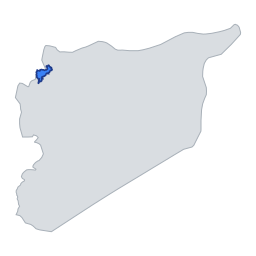 Harim, Idlib, Syria (highlighted)
{"feature_id": "27442178B79082810780972", "entity_name": "Harim", "entity_type": "district", "adm_level": 2, "iso_a3": "SYR", "parent_name": "Syria", "parent_adm1": "Idlib", "projection": "mercator", "projection_center": [36.609, 36.125], "detail": "fine", "context": "in_parent", "style": "filled", "palette": "blue", "viewbox_px": 256, "rotation_deg": 0, "n_neighbors": 0, "source": "geoboundaries", "source_scale": "gbopen_adm2", "svg_char_len": 4562}
<svg xmlns="http://www.w3.org/2000/svg" viewBox="0 0 256 256"><path d="M19.7,83.1L22.3,83.4L27.8,86.7L28.7,86.6L30.3,82.2L31.9,80.7L35.3,79.4L36.2,72.3L37.8,71.0L39.7,70.2L42.6,70.1L45.2,69.7L45.3,68.4L41.8,60.2L42.1,58.1L43.8,49.8L44.9,46.6L45.9,45.5L49.9,45.9L55.6,47.4L57.1,49.8L59.8,51.9L64.0,51.8L68.7,52.2L72.5,52.3L75.5,50.8L82.2,48.0L85.5,47.1L88.5,45.9L98.3,41.3L102.2,41.6L104.8,42.2L106.9,43.0L111.5,46.1L115.3,49.2L117.9,50.2L122.7,50.1L129.6,50.7L138.1,50.7L143.0,49.8L149.3,48.2L160.6,44.5L175.4,36.7L184.2,32.9L187.9,32.4L192.8,32.4L197.7,33.4L203.3,34.1L205.8,34.0L211.8,33.3L219.6,31.7L224.5,30.4L230.4,28.3L234.1,24.7L235.3,24.3L236.8,25.0L237.5,25.2L239.1,27.2L240.6,32.4L240.6,33.0L240.3,34.5L236.5,38.7L231.2,44.5L227.5,48.1L221.2,54.3L216.4,55.6L208.5,57.8L206.3,59.9L204.3,63.4L203.2,68.1L202.8,71.0L202.6,76.5L204.5,82.2L206.3,87.6L206.5,91.2L206.3,94.7L204.6,98.5L202.7,103.7L201.6,109.5L201.0,120.4L201.0,129.6L200.9,131.2L197.6,137.7L193.8,145.3L192.0,147.0L183.6,149.3L174.4,154.8L164.2,161.0L154.9,166.6L145.2,172.5L135.1,178.6L127.8,183.0L118.2,188.8L109.3,194.3L100.4,199.9L93.6,204.2L83.3,210.9L77.3,214.8L68.4,220.6L60.6,225.7L51.4,231.7L39.8,229.9L36.1,228.8L33.1,226.0L30.9,224.5L25.4,222.9L21.9,217.5L19.8,215.6L16.1,214.7L17.7,211.3L18.0,209.0L19.6,206.2L18.6,204.4L18.1,200.5L17.4,199.6L17.2,198.5L17.7,197.3L17.5,196.0L16.9,195.5L16.6,193.5L16.1,192.1L16.3,190.3L17.1,189.2L18.0,187.0L18.9,186.3L20.5,185.0L20.9,183.5L22.3,182.1L24.2,181.0L24.6,180.0L24.3,179.5L22.4,178.5L21.4,176.7L22.3,174.0L22.9,173.2L24.1,171.9L26.6,169.9L28.5,169.6L30.2,169.6L33.1,169.8L35.3,170.1L35.9,169.6L35.8,169.0L33.0,167.3L32.9,166.1L33.6,164.7L35.5,162.5L37.9,160.9L39.0,160.6L41.7,157.5L43.4,153.9L40.6,145.1L39.0,143.7L36.3,142.5L34.7,142.3L34.6,141.8L36.7,139.6L38.2,137.6L36.5,135.8L33.5,134.9L32.4,136.8L28.6,137.0L22.6,137.0L20.0,127.7L19.6,123.7L19.6,119.0L21.5,112.2L20.6,109.0L20.5,106.9L20.1,103.9L15.4,97.6L17.9,85.9L19.7,83.1Z" fill="#d9dde1" stroke="#a8b0b8" stroke-width="1"/><path d="M49.4,66.3L49.3,66.2L49.2,65.8L49.2,65.7L49.0,65.4L48.9,65.3L48.7,65.2L48.4,65.2L48.2,65.3L48.2,65.6L48.3,65.7L48.2,65.8L47.8,65.9L47.6,66.0L47.2,66.0L46.9,65.9L46.6,65.9L46.4,66.0L46.3,66.4L46.3,66.5L46.3,66.8L46.7,66.9L47.1,67.0L47.3,67.2L47.3,67.3L47.1,67.8L47.1,68.0L47.2,68.3L47.3,68.5L47.5,68.8L47.5,69.0L47.3,69.2L46.8,69.5L46.5,69.9L46.1,69.9L45.8,69.9L45.4,69.9L44.8,70.4L44.7,70.4L44.2,70.4L43.6,69.9L43.4,69.8L43.2,69.7L42.4,69.9L41.9,69.5L41.6,69.5L41.3,69.5L41.1,69.6L40.8,69.9L40.7,69.8L40.5,69.7L40.3,69.7L40.2,69.7L40.2,69.9L40.2,70.1L40.1,70.3L40.0,70.6L39.9,70.8L39.8,71.0L39.7,71.0L39.4,71.0L39.3,70.9L39.2,70.9L38.3,70.6L38.0,70.5L37.7,70.3L37.5,70.1L37.2,70.0L37.0,70.6L37.1,71.0L37.1,71.4L37.1,71.5L36.9,71.6L36.7,71.6L36.6,71.8L36.4,71.9L36.4,72.1L36.3,72.4L36.7,73.2L36.8,73.5L36.4,74.6L36.5,74.7L36.6,75.0L36.6,75.3L36.6,75.5L36.9,75.7L37.0,76.0L36.7,76.6L36.8,77.2L36.9,77.4L36.9,77.5L37.1,77.5L37.4,77.6L37.5,77.8L37.6,78.1L37.8,78.3L38.0,78.4L38.1,78.6L38.1,78.8L38.2,79.0L38.3,79.1L38.6,79.1L38.9,79.1L39.1,79.1L39.3,79.0L39.2,79.4L39.2,79.5L39.2,79.8L38.9,80.1L38.8,80.3L38.6,80.7L38.6,80.8L38.8,81.2L38.8,81.4L38.6,81.6L38.5,81.8L38.4,82.1L38.4,82.4L38.3,82.7L38.3,83.2L38.5,83.3L38.8,83.0L39.0,82.6L39.2,82.1L39.2,81.8L39.3,81.5L39.3,81.3L39.3,81.2L39.6,81.0L39.9,81.4L39.9,81.5L40.1,81.6L40.7,81.6L41.0,81.5L41.1,81.3L41.2,81.1L41.2,80.9L41.5,80.7L41.7,80.8L41.8,80.7L41.7,80.5L41.7,80.2L41.7,79.9L41.7,79.5L41.7,79.0L41.7,78.7L41.8,78.5L42.0,78.5L42.1,78.8L42.3,78.9L42.9,78.9L42.9,78.7L42.6,78.5L42.3,78.5L42.3,78.4L42.3,78.0L42.1,77.7L41.9,77.6L41.9,77.4L41.8,77.2L42.0,76.9L42.9,76.5L43.0,76.5L43.4,76.7L43.5,76.5L43.7,76.3L43.9,76.3L44.2,76.3L44.3,76.2L44.3,75.8L44.4,75.7L44.6,75.6L45.2,75.7L45.3,75.6L45.5,75.3L45.7,75.2L45.8,75.1L45.9,74.9L45.9,74.5L46.0,74.2L46.2,73.8L46.2,73.7L46.3,73.6L46.4,73.4L46.6,73.3L46.7,73.2L46.9,73.2L47.1,73.5L47.3,73.6L47.5,73.7L47.8,73.7L48.0,73.7L47.9,73.6L47.7,73.4L47.6,73.2L47.8,73.0L48.1,73.0L48.4,72.9L48.7,72.8L48.7,72.7L48.8,72.7L49.0,72.7L49.4,72.6L49.5,72.3L49.6,72.1L49.8,71.7L49.7,71.6L49.6,71.4L49.8,71.3L49.9,71.1L50.0,70.9L50.3,70.7L50.5,70.5L50.7,70.4L50.8,70.4L50.9,70.5L51.2,70.5L51.3,70.5L51.7,70.4L51.8,70.2L51.8,69.9L52.0,69.8L52.1,69.7L52.1,69.3L52.0,69.1L51.9,69.0L51.7,69.0L51.5,68.9L51.6,68.7L51.4,68.5L51.3,68.3L51.3,68.2L51.4,67.9L51.5,67.8L51.5,67.6L51.4,67.5L51.2,67.6L50.8,67.7L50.6,67.7L50.4,67.4L50.4,67.1L50.3,66.9L50.2,66.8L49.9,66.8L49.7,66.8L49.6,66.7L49.4,66.4L49.4,66.3Z" fill="#3b82f6" stroke="#1e3a8a" stroke-width="1.5"/></svg>